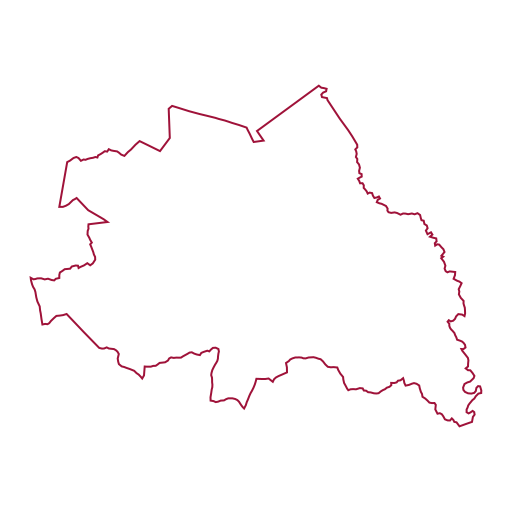 outline of Nyeri Town, Central, Kenya
{"feature_id": "3690345B58692620094819", "entity_name": "Nyeri Town", "entity_type": "district", "adm_level": 2, "iso_a3": "KEN", "parent_name": "Kenya", "parent_adm1": "Central", "projection": "orthographic", "projection_center": [36.977, -0.417], "detail": "fine", "context": "isolated", "style": "outline", "palette": "rose", "viewbox_px": 512, "rotation_deg": 0, "n_neighbors": 0, "source": "geoboundaries", "source_scale": "gbopen_adm2", "svg_char_len": 6033}
<svg xmlns="http://www.w3.org/2000/svg" viewBox="0 0 512 512"><path d="M59.3,206.9L62.8,206.9L65.8,205.8L68.8,204.1L72.9,200.1L74.9,199.1L76.6,198.0L88.2,210.2L103.6,219.2L107.5,222.0L88.5,224.3L88.3,226.6L88.5,228.7L87.7,230.9L87.5,234.6L89.3,237.8L90.1,239.7L91.8,242.6L90.2,244.3L91.4,247.2L93.3,252.2L93.9,254.5L95.1,256.9L95.2,259.7L92.8,263.4L90.2,265.3L87.3,263.2L84.0,265.4L80.3,267.0L78.6,268.0L78.0,265.7L75.7,265.5L71.8,266.5L70.1,268.7L64.7,269.2L62.3,271.0L59.9,272.5L59.3,275.0L59.3,278.0L55.8,278.8L54.2,280.4L51.6,280.0L48.0,278.7L44.7,279.4L41.1,278.3L37.3,278.4L35.5,279.0L33.5,279.3L30.7,277.8L31.0,280.3L32.1,284.4L33.1,286.9L34.6,289.4L35.4,292.0L36.3,297.4L37.4,301.5L39.7,306.4L40.1,310.4L40.7,313.3L41.5,319.2L42.4,324.5L45.2,323.9L47.5,324.2L49.2,323.2L51.0,320.9L54.0,318.0L56.4,315.9L59.7,315.6L63.1,315.1L66.6,314.0L83.8,332.1L99.2,347.9L102.0,348.6L104.1,348.5L106.7,347.4L108.9,348.5L114.0,349.1L115.9,350.2L117.5,351.7L118.8,354.0L117.7,358.5L118.2,361.7L118.9,364.1L121.7,366.4L124.2,367.0L126.2,367.8L130.0,369.1L134.2,370.8L136.5,373.1L138.7,374.6L140.7,376.7L142.2,378.5L144.0,375.4L144.7,366.5L147.0,366.7L150.7,366.7L153.2,365.9L155.7,365.8L157.6,364.5L159.6,362.9L161.6,362.7L165.1,362.3L168.0,360.5L169.1,358.5L171.1,357.4L173.6,357.9L176.6,357.6L179.0,357.7L181.0,357.6L183.0,356.3L187.4,353.9L189.5,352.6L191.8,352.3L194.2,353.6L196.8,354.5L199.9,355.1L201.3,352.9L203.7,351.9L207.3,350.7L209.3,351.4L210.9,349.6L212.9,347.9L215.6,347.7L218.4,349.0L218.9,351.5L218.4,353.6L218.0,356.7L217.9,358.7L217.3,360.9L216.2,362.9L215.1,364.6L213.6,367.4L212.3,370.1L211.5,373.0L211.2,375.1L212.0,377.7L212.1,380.0L212.1,382.2L212.4,384.6L212.3,387.2L211.7,389.6L211.2,393.1L210.5,397.3L210.6,400.6L213.6,401.1L215.7,402.1L218.0,401.7L220.7,400.6L224.0,400.4L226.2,399.1L228.4,398.3L232.3,398.3L235.2,399.0L237.4,400.1L239.0,401.7L240.2,403.6L241.4,405.4L242.7,407.1L244.1,408.5L245.8,405.2L246.8,402.0L247.8,399.8L249.4,395.7L250.6,393.1L251.9,390.9L253.5,387.7L254.8,384.5L255.7,381.6L256.4,378.8L261.9,379.0L265.3,379.0L268.6,378.5L272.8,381.8L274.0,379.3L275.9,377.5L278.5,376.1L281.5,374.8L284.7,373.4L287.0,372.4L286.9,367.3L286.0,363.0L288.8,361.1L290.2,359.5L292.4,358.4L295.2,357.5L299.4,357.4L301.6,357.6L303.4,358.3L305.6,358.4L308.6,357.5L313.5,357.2L316.0,357.8L318.4,358.7L320.6,359.2L323.0,361.4L325.3,364.4L327.8,366.8L330.9,367.3L333.5,367.1L337.3,367.5L338.2,369.9L340.3,373.6L343.1,377.0L343.3,379.4L344.1,383.0L345.5,385.5L347.1,388.6L348.3,390.2L350.5,389.3L353.1,389.1L356.0,389.3L359.8,388.1L362.7,388.4L363.8,390.5L366.1,390.7L368.1,392.2L370.6,392.4L373.9,393.3L376.5,393.5L378.6,393.2L380.8,391.4L382.9,390.1L385.0,389.2L386.8,387.7L389.5,386.8L391.3,385.2L391.2,382.9L394.3,383.0L396.6,382.4L398.0,380.7L400.5,380.3L403.1,378.2L404.0,381.0L404.3,382.9L405.6,385.6L409.0,384.9L411.9,383.7L414.0,383.1L416.6,383.8L419.2,385.5L419.8,388.4L420.9,391.9L422.0,393.9L422.5,396.8L425.2,398.5L427.5,400.6L429.4,402.6L432.0,403.1L434.5,403.0L435.8,404.9L435.3,409.4L437.5,413.7L439.8,413.2L441.8,414.2L443.3,416.3L444.9,419.3L447.6,420.4L450.0,420.5L451.8,418.4L453.4,420.0L454.3,421.9L456.5,422.3L457.7,423.9L459.5,426.3L462.6,425.2L466.2,423.9L469.9,422.6L472.0,421.9L472.9,416.9L474.6,414.6L474.2,412.1L472.6,410.9L470.5,412.4L468.6,413.4L466.6,412.2L466.6,409.5L467.6,407.5L468.2,405.5L469.5,403.6L471.1,401.7L472.4,400.1L474.3,398.6L475.8,396.2L478.4,393.6L481.2,393.0L481.3,390.4L480.1,386.4L478.1,386.1L476.4,387.9L475.8,391.0L474.2,392.9L471.3,393.6L468.0,393.3L465.0,391.9L463.4,389.9L463.1,387.6L464.5,384.0L467.4,382.4L470.1,381.6L473.6,378.2L474.4,375.9L472.6,373.1L470.3,370.3L468.0,370.2L465.7,368.4L468.0,366.5L468.1,363.6L468.4,360.3L467.9,357.9L465.2,354.4L462.3,350.8L461.4,349.0L463.4,349.1L465.5,347.5L465.0,344.8L463.5,342.8L462.0,341.5L460.1,340.7L457.1,339.7L456.3,337.3L455.2,335.2L454.4,333.0L452.6,330.9L451.1,329.4L450.0,327.8L449.3,325.8L449.3,323.8L447.6,321.7L448.8,320.2L450.7,321.4L453.2,320.7L455.0,318.9L456.1,316.4L458.3,314.1L462.2,314.6L464.5,316.1L465.1,313.5L465.0,310.6L464.8,307.7L464.0,305.3L463.5,303.4L463.6,300.9L462.3,299.5L460.8,297.9L458.9,294.4L459.3,291.5L458.7,289.2L460.4,285.8L461.6,283.2L459.4,281.6L457.0,280.7L453.6,278.8L455.0,275.1L455.2,272.0L449.7,271.4L447.4,272.3L445.7,271.2L444.6,268.6L445.4,265.7L444.0,261.8L441.2,258.2L443.2,256.7L441.4,255.8L444.5,252.0L443.4,249.2L441.4,247.2L439.2,244.6L437.2,244.3L435.2,245.6L434.8,243.2L436.6,241.3L436.2,238.4L433.1,237.7L430.0,236.7L432.4,234.6L431.0,232.3L427.5,234.2L425.9,230.6L427.6,228.2L426.8,225.5L424.4,224.0L423.7,220.7L421.5,220.2L420.8,218.1L420.1,215.0L417.5,213.2L414.6,214.3L411.9,213.5L408.1,214.2L405.5,213.6L403.1,213.5L400.5,214.7L397.1,213.0L394.6,212.4L391.2,212.9L388.5,212.2L387.4,210.6L387.6,208.6L386.0,206.0L381.6,203.8L379.4,203.3L376.8,202.2L377.7,199.9L380.0,198.5L378.9,196.5L377.0,197.4L374.4,198.0L372.9,195.6L372.1,193.1L369.6,192.6L367.7,193.6L366.7,191.4L365.2,189.5L363.7,187.9L363.8,185.3L362.5,183.2L360.1,183.3L359.2,180.9L357.8,178.7L359.9,177.5L361.7,176.6L361.6,174.1L359.4,173.2L359.1,170.9L359.9,167.7L359.0,164.4L357.1,162.1L357.3,159.0L355.9,157.0L356.7,153.9L356.2,151.3L355.3,149.4L357.3,147.4L357.2,144.7L352.2,136.3L348.2,130.2L339.8,118.7L327.5,100.1L327.0,98.1L322.0,97.1L321.3,94.6L323.1,92.6L326.1,91.3L326.6,88.8L323.9,88.1L321.3,87.7L318.8,85.7L257.0,131.0L263.6,140.6L253.7,142.0L252.1,138.9L249.7,133.8L247.5,129.6L246.6,127.6L239.0,125.0L232.0,122.9L228.5,121.7L224.8,120.5L218.6,118.9L215.5,117.9L212.3,117.1L206.2,115.6L199.5,114.0L189.1,111.2L178.6,107.9L172.1,105.9L168.7,108.8L169.8,138.0L160.0,151.1L147.6,145.0L139.6,141.1L135.5,144.7L131.0,149.5L127.9,152.1L124.4,155.9L121.2,154.6L119.0,152.7L117.1,151.4L113.7,150.9L111.2,150.4L108.8,149.2L107.2,151.6L104.8,151.2L102.6,152.8L100.4,154.2L98.1,155.4L97.4,157.5L95.4,157.0L93.0,157.8L90.4,158.2L87.7,158.9L85.5,159.8L83.6,159.5L80.9,160.8L78.5,158.0L76.3,157.0L73.5,158.0L69.9,160.7L67.2,162.1L59.3,206.9Z" fill="none" stroke="#9f1239" stroke-width="2"/></svg>